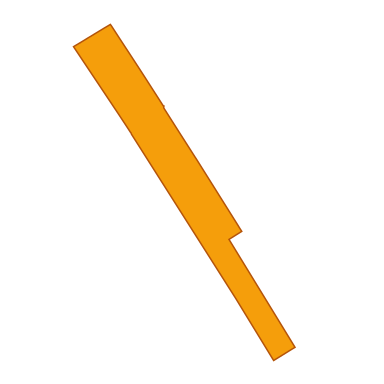 outline of Delgo, Northern, Sudan, rotated 237°
{"feature_id": "16777658B54397395103229", "entity_name": "Delgo", "entity_type": "district", "adm_level": 2, "iso_a3": "SDN", "parent_name": "Sudan", "parent_adm1": "Northern", "projection": "albers", "projection_center": [29.933, 20.083], "detail": "fine", "context": "isolated", "style": "filled", "palette": "amber", "viewbox_px": 384, "rotation_deg": 237, "n_neighbors": 0, "source": "geoboundaries", "source_scale": "gbopen_adm2", "svg_char_len": 712}
<svg xmlns="http://www.w3.org/2000/svg" viewBox="0 0 384 384"><g transform="rotate(237 192 192)"><path d="M378.4,171.8L376.5,171.8L296.8,172.8L280.2,172.9L275.4,172.9L275.2,173.0L274.7,173.0L273.4,172.7L78.8,170.7L6.2,168.7L6.1,173.8L5.8,188.5L5.7,191.4L5.6,193.8L132.1,197.2L131.9,212.3L132.2,212.3L132.4,212.3L135.5,212.3L138.6,212.4L215.9,213.6L220.4,213.6L248.0,213.8L268.7,214.0L277.8,214.1L278.7,214.6L279.4,215.3L280.0,214.8L298.4,214.9L316.0,215.0L317.9,215.0L331.7,215.0L334.0,215.0L360.1,214.9L372.5,214.9L375.3,214.9L377.0,214.8L377.1,212.0L377.3,207.5L377.4,203.8L377.9,188.3L377.9,187.8L378.0,183.2L378.1,180.2L378.3,175.2L378.4,171.8Z" fill="#f59e0b" stroke="#b45309" stroke-width="1.5"/></g></svg>